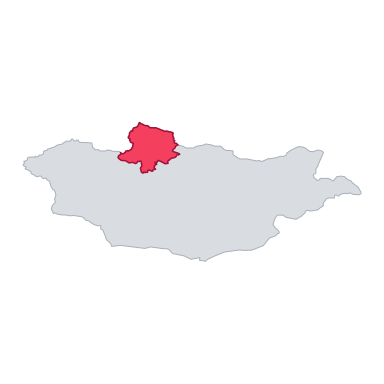 Mongolia, with Hövsgöl highlighted
{"feature_id": "MNG-3321", "entity_name": "Hövsgöl", "entity_type": "Province", "adm_level": 1, "iso_a3": "MNG", "parent_name": "Mongolia", "parent_adm1": "", "projection": "robinson", "projection_center": [99.984, 50.195], "detail": "fine", "context": "in_parent", "style": "filled", "palette": "rose", "viewbox_px": 384, "rotation_deg": 0, "n_neighbors": 0, "source": "natural_earth", "source_scale": "10m", "svg_char_len": 8450}
<svg xmlns="http://www.w3.org/2000/svg" viewBox="0 0 384 384"><path d="M24.0,161.1L25.3,161.1L27.2,159.9L27.5,158.3L28.2,157.3L32.8,156.9L34.8,157.4L35.2,156.3L35.6,156.2L36.7,157.1L37.7,156.7L38.5,156.3L39.2,155.0L40.8,155.2L43.5,153.8L43.6,151.4L44.6,150.8L47.1,150.3L47.4,149.2L47.9,148.9L49.7,148.6L52.8,147.4L54.2,147.2L55.4,146.2L58.2,144.8L62.3,144.1L62.6,143.4L66.4,141.2L70.4,141.1L71.6,139.1L72.2,139.0L74.9,141.2L76.0,140.9L76.5,140.1L78.2,140.1L78.8,141.7L79.7,142.3L91.5,142.9L91.9,143.5L92.5,147.3L94.6,149.0L95.1,149.8L98.3,149.6L100.2,151.0L103.0,150.9L104.4,151.3L107.2,150.0L107.9,149.9L108.7,150.6L110.1,150.1L112.6,151.4L114.6,151.2L115.5,151.7L116.7,151.3L119.6,151.7L121.8,153.7L123.4,153.5L125.3,152.2L125.8,151.3L128.5,150.8L130.1,149.9L131.1,149.1L132.7,146.2L133.0,143.2L131.6,142.8L130.5,141.8L129.8,140.2L129.7,139.1L128.4,137.4L128.5,136.5L129.3,135.1L129.7,132.7L130.7,131.4L132.5,130.7L132.7,129.7L133.9,127.9L136.9,126.9L138.5,124.9L139.5,122.8L140.9,123.8L144.7,125.3L147.9,126.0L150.0,127.5L155.5,127.8L164.9,131.4L166.8,131.2L172.4,132.6L172.8,133.2L172.8,135.8L173.3,136.6L173.5,139.4L174.6,140.8L174.3,142.6L174.8,143.1L176.2,143.3L178.4,145.1L183.4,146.4L184.9,147.5L188.3,148.3L190.0,147.8L192.9,148.1L193.9,147.9L195.7,146.6L196.9,146.2L203.3,145.1L205.0,144.2L206.2,144.0L211.3,144.9L214.9,146.2L220.0,146.1L222.5,147.6L223.5,149.0L225.6,150.3L232.7,150.8L233.0,151.1L233.0,154.2L233.3,154.7L238.1,158.1L240.3,159.0L246.7,158.9L256.8,161.0L259.2,160.4L261.3,161.5L262.2,161.4L268.5,158.6L269.5,158.8L276.2,157.7L280.4,156.3L283.6,156.4L286.1,155.2L287.1,152.8L291.2,150.0L298.3,146.6L303.0,147.1L305.8,148.3L308.8,150.8L310.5,151.5L313.5,151.7L317.6,150.0L319.9,150.4L322.1,151.2L323.5,152.4L317.9,165.4L317.9,166.1L315.9,168.8L315.9,173.2L313.3,174.7L313.9,177.2L314.5,178.1L317.7,180.6L318.7,180.3L319.4,179.2L321.0,178.3L324.0,178.6L326.5,178.2L329.9,179.0L333.0,181.0L337.0,176.6L340.9,176.1L344.6,176.7L347.7,179.6L351.2,181.0L352.2,182.7L353.6,183.4L354.1,184.2L358.5,187.6L359.5,189.9L360.8,191.5L361.0,193.1L360.7,193.9L359.1,194.8L353.3,194.4L349.8,192.8L348.6,193.7L344.2,193.3L341.8,194.0L340.1,194.6L339.2,195.7L338.5,196.0L337.7,195.9L336.3,195.0L335.2,195.1L334.8,195.3L334.3,198.0L330.6,198.0L329.3,197.7L326.2,199.0L325.8,200.0L324.3,201.5L323.0,204.3L323.4,205.5L323.0,206.2L320.3,207.7L317.8,209.9L312.3,210.8L309.7,211.0L307.8,210.4L305.9,210.8L304.6,213.3L301.2,216.3L296.1,219.3L286.6,217.5L285.4,217.0L283.3,215.2L277.8,215.1L276.3,216.4L275.0,218.3L273.0,224.4L275.3,227.9L278.0,230.2L279.1,231.8L279.2,233.1L277.5,233.8L275.2,236.0L269.4,238.1L263.3,245.6L252.0,250.1L244.9,250.4L239.3,250.0L224.2,252.1L214.5,256.1L207.3,259.5L205.7,261.1L205.0,261.4L203.7,260.7L199.7,260.5L199.7,257.6L191.1,259.3L184.1,255.9L174.2,253.9L172.2,253.1L168.7,249.3L167.0,248.8L162.6,248.6L150.6,246.9L145.0,248.4L120.5,245.4L111.7,246.4L111.3,246.0L110.8,243.6L106.7,239.9L106.1,238.9L105.9,237.5L102.7,229.9L100.6,228.8L100.9,225.6L97.7,225.8L94.1,224.6L90.4,222.4L88.7,220.7L86.1,220.3L83.0,217.3L81.5,216.7L73.7,215.5L69.8,215.8L65.7,215.0L60.9,214.9L59.4,214.3L58.0,214.4L55.3,213.1L53.4,213.4L51.3,209.0L52.0,206.3L53.0,204.7L55.3,202.3L55.3,201.4L54.5,199.2L55.9,195.3L55.5,192.9L54.4,190.2L52.8,189.6L50.7,185.9L50.1,183.0L49.2,181.0L46.9,179.8L46.2,178.1L45.5,177.9L44.9,178.5L43.5,178.7L42.1,177.6L41.4,176.4L40.5,176.1L39.0,176.1L37.5,176.7L36.0,176.4L34.7,175.3L31.2,173.6L31.2,172.3L30.7,171.4L29.7,171.1L28.6,170.2L25.2,169.1L25.2,168.5L26.2,167.1L23.9,166.0L23.0,164.8L24.5,163.3L24.0,162.2L24.0,161.1Z" fill="#d9dde1" stroke="#a8b0b8" stroke-width="1"/><path d="M139.9,122.7L140.2,122.9L140.3,123.3L140.5,123.6L140.8,123.7L142.6,124.2L142.9,124.4L143.2,124.6L143.4,124.8L143.6,125.0L143.9,125.2L146.2,125.7L147.5,125.7L147.8,125.8L148.5,126.4L149.2,127.0L149.9,127.5L150.8,127.8L151.8,127.7L152.9,127.8L156.0,127.8L156.6,128.1L157.3,128.3L161.7,130.1L162.2,130.4L162.6,130.5L163.0,130.5L163.4,130.6L163.8,130.9L164.2,131.2L164.6,131.4L165.0,131.4L165.9,131.1L166.4,131.1L166.8,131.1L167.6,131.4L168.1,131.4L168.4,131.4L168.6,131.5L169.1,131.8L169.4,131.9L170.2,131.8L170.4,131.9L170.8,132.1L171.0,132.2L171.8,132.3L172.0,132.4L172.2,132.5L173.1,133.0L173.1,133.5L172.6,134.1L172.7,134.4L172.8,134.6L172.8,134.8L172.8,135.0L172.7,135.5L172.8,136.0L173.0,136.5L173.3,136.9L173.5,137.3L173.6,137.5L173.6,137.8L173.5,138.0L173.8,138.3L173.7,138.7L173.5,139.1L173.4,139.4L173.5,139.8L173.8,140.1L174.5,140.5L174.7,140.8L174.6,141.1L174.4,141.4L174.2,141.7L174.1,142.1L174.3,142.5L174.5,142.8L174.7,143.1L175.2,143.2L176.2,143.3L176.7,143.6L177.4,144.8L177.8,145.0L177.2,145.3L176.5,145.5L176.1,145.9L175.7,146.2L175.6,146.4L175.5,146.6L175.4,146.8L175.3,147.3L175.1,147.7L175.0,147.8L174.7,148.2L174.5,148.3L174.3,148.5L174.0,148.7L173.7,149.0L173.2,149.7L172.8,150.1L172.6,150.4L172.5,150.6L172.5,150.8L172.6,151.0L172.7,151.3L172.9,151.4L173.5,151.6L174.3,152.0L175.2,152.2L176.5,152.7L177.3,152.9L178.1,153.2L178.9,153.6L179.3,153.8L179.6,154.2L178.8,154.7L178.4,154.9L178.1,154.9L177.5,154.8L177.3,154.8L177.1,154.9L176.9,154.9L176.8,155.0L176.7,155.2L176.4,155.9L176.1,156.4L176.0,156.6L175.6,157.0L175.1,157.3L174.9,157.4L174.4,157.6L173.6,157.8L173.2,157.9L172.7,158.0L171.9,158.2L171.3,158.4L171.1,158.5L170.9,158.7L170.5,159.0L170.0,159.3L169.9,159.5L169.5,160.0L169.3,160.1L169.1,160.1L168.7,160.2L168.3,160.5L168.2,160.7L167.8,161.6L167.8,161.8L167.7,162.0L167.8,162.3L168.0,163.2L168.0,163.3L165.9,163.7L164.7,163.6L164.4,163.4L161.9,162.0L158.7,160.5L158.4,160.4L158.2,160.5L157.9,160.8L157.9,161.1L157.7,161.4L157.5,161.5L157.1,161.8L157.0,162.0L156.9,162.3L155.7,162.5L155.3,162.3L155.1,162.4L155.1,162.6L155.1,162.8L155.1,163.0L155.3,163.1L156.5,163.7L156.7,164.0L156.6,164.3L156.3,164.5L156.2,164.5L155.9,164.6L155.4,164.8L155.1,165.0L155.1,165.3L154.9,165.5L154.7,165.7L154.5,165.9L154.5,166.0L154.5,166.4L154.4,166.5L154.5,166.7L154.5,166.8L154.4,166.9L154.3,167.1L154.2,167.3L154.2,167.5L154.3,167.8L154.4,168.1L154.5,168.4L154.6,168.5L154.9,168.6L155.1,168.7L155.3,168.8L155.5,169.1L155.1,169.4L154.2,169.6L153.2,169.8L152.9,170.0L152.8,170.5L152.7,171.0L152.4,171.2L152.0,171.2L151.7,171.2L151.4,171.1L149.9,170.3L149.5,170.1L148.5,170.1L148.3,170.2L148.0,170.3L147.9,170.5L147.8,170.8L147.7,171.9L147.6,172.1L147.4,172.3L147.2,172.3L144.9,172.5L144.6,172.5L144.4,172.4L144.2,172.3L144.0,172.2L143.8,172.2L143.7,172.4L143.6,172.6L143.4,172.8L143.1,173.0L142.8,173.0L142.5,173.0L142.2,172.8L141.3,172.0L141.2,171.1L140.6,169.2L140.5,168.8L140.5,168.4L140.5,168.1L140.6,167.9L140.6,167.7L141.4,166.7L141.6,166.3L141.7,166.0L141.9,165.4L141.9,165.2L141.8,164.9L141.6,164.3L141.4,163.5L141.3,161.9L141.2,161.6L141.1,161.4L140.9,161.2L137.7,161.5L137.2,162.4L136.6,163.1L136.0,163.4L135.7,163.5L135.3,163.5L135.1,163.4L134.9,163.3L134.4,163.1L134.1,162.9L133.3,162.6L131.9,162.5L130.9,162.5L130.6,162.6L130.2,162.7L129.6,162.9L129.1,162.9L128.8,162.8L125.7,160.8L125.1,160.6L124.0,160.6L122.1,160.5L121.2,160.3L120.7,160.0L118.5,158.3L118.3,158.0L118.1,157.5L118.1,157.3L118.1,157.0L118.2,156.6L118.3,156.4L118.5,156.1L118.6,155.9L119.1,155.4L120.0,154.7L120.9,154.2L121.1,154.0L121.2,153.9L121.2,153.7L120.8,153.3L120.7,153.1L120.6,152.9L120.6,152.7L120.9,152.8L121.0,153.1L121.3,153.4L121.8,153.6L122.4,153.7L122.8,153.7L123.2,153.6L123.7,153.4L124.6,152.9L125.3,152.4L125.6,152.1L125.7,151.7L125.5,151.3L125.6,151.2L126.4,151.0L127.3,150.7L127.5,150.6L127.8,150.7L128.1,151.0L128.3,151.1L128.5,151.0L128.8,150.7L129.1,150.5L130.6,149.8L131.2,149.3L132.8,146.5L132.9,146.3L132.9,146.0L132.9,145.8L132.8,145.4L132.9,144.9L133.2,144.2L133.2,143.8L133.2,143.4L133.0,143.2L132.7,143.0L132.5,142.9L131.8,142.8L131.6,142.7L130.8,142.3L130.6,142.1L130.4,141.8L129.9,140.8L129.6,140.1L129.6,139.8L130.1,139.3L130.0,139.2L129.7,139.0L129.6,138.8L129.5,138.7L129.4,138.5L128.9,138.3L128.5,138.0L128.3,137.6L128.2,137.2L128.9,136.1L129.1,135.7L129.2,135.2L129.5,134.4L129.6,134.2L129.4,133.5L129.4,133.3L129.5,133.1L129.6,132.9L129.9,132.6L130.0,132.5L130.5,131.6L130.7,131.3L130.8,131.2L131.0,131.2L131.4,131.0L131.7,130.9L132.6,131.1L132.7,130.8L132.7,130.5L132.6,130.0L132.6,129.7L132.8,129.4L133.0,129.0L133.1,128.8L133.7,127.9L134.7,127.6L136.7,127.1L137.0,126.9L137.3,126.6L137.6,126.3L138.3,125.2L138.4,124.6L138.5,124.4L138.9,124.0L139.0,123.8L139.0,123.6L139.0,123.1L139.1,122.9L139.4,122.6L139.8,122.6L139.9,122.7Z" fill="#f43f5e" stroke="#9f1239" stroke-width="1.5"/></svg>